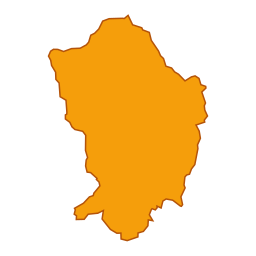 the district of Makedonski Brod, Brod, North Macedonia
{"feature_id": "65306769B48467279151544", "entity_name": "Makedonski Brod", "entity_type": "district", "adm_level": 2, "iso_a3": "MKD", "parent_name": "North Macedonia", "parent_adm1": "Brod", "projection": "equal_earth", "projection_center": [21.207, 41.644], "detail": "fine", "context": "isolated", "style": "filled", "palette": "amber", "viewbox_px": 256, "rotation_deg": 0, "n_neighbors": 0, "source": "geoboundaries", "source_scale": "gbopen_adm2", "svg_char_len": 1490}
<svg xmlns="http://www.w3.org/2000/svg" viewBox="0 0 256 256"><path d="M205.9,88.1L205.7,86.4L200.9,84.7L199.0,78.4L195.1,75.9L191.4,76.9L185.0,80.9L178.5,74.2L174.6,71.9L171.6,68.0L165.9,66.2L163.5,58.5L160.5,55.7L158.5,51.0L151.3,40.4L149.3,32.4L142.7,29.9L141.8,27.8L132.6,24.8L128.1,15.4L124.3,18.5L122.4,18.3L109.1,18.7L102.7,21.1L98.8,29.0L94.6,33.3L90.8,35.2L88.7,42.1L86.3,44.9L80.2,48.2L71.5,48.6L63.6,51.5L57.8,49.4L53.5,49.3L50.6,51.2L48.5,56.1L50.7,60.3L51.6,65.5L55.6,72.2L55.9,79.4L59.1,83.0L60.1,96.7L66.0,100.2L66.9,112.5L66.7,114.2L65.4,114.9L65.4,119.0L69.8,122.3L72.0,126.9L74.9,129.5L82.7,131.3L85.7,135.3L85.5,150.4L87.6,157.6L86.2,160.0L85.6,166.0L87.1,172.1L90.6,172.6L97.0,178.4L96.4,179.5L99.0,182.0L99.9,185.9L93.9,193.1L93.2,195.6L89.4,196.9L83.5,203.2L74.5,208.3L75.3,209.8L74.2,214.2L76.5,215.7L76.3,219.5L84.2,219.3L88.2,214.2L97.8,213.2L103.4,210.5L102.1,219.0L110.4,229.4L116.8,233.2L120.9,233.1L121.1,239.0L127.2,240.6L137.9,236.9L138.0,233.0L143.4,231.4L147.9,225.8L148.3,219.9L152.8,220.7L149.3,214.8L151.3,209.6L152.1,208.7L155.3,209.9L157.1,207.8L157.0,206.1L161.1,208.0L162.9,201.0L166.1,199.0L172.7,200.2L180.3,206.0L181.4,206.3L182.6,204.7L180.9,196.8L185.1,187.9L184.0,185.0L184.9,177.0L186.6,175.0L189.5,174.2L191.5,168.9L194.8,164.6L197.9,148.7L197.5,144.9L200.4,138.3L199.2,131.1L196.0,125.0L204.7,122.1L204.3,120.1L207.5,116.0L204.8,110.1L204.3,105.8L205.5,103.0L201.8,92.0L205.9,88.1Z" fill="#f59e0b" stroke="#b45309" stroke-width="1.5"/></svg>